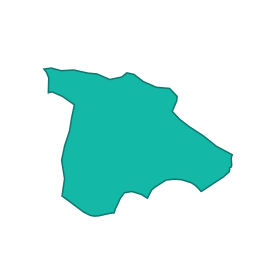 Pyongsong City, P'yŏngan-namdo, North Korea (Robinson projection), rotated 338°
{"feature_id": "82179303B57975227411207", "entity_name": "Pyongsong City", "entity_type": "district", "adm_level": 2, "iso_a3": "PRK", "parent_name": "North Korea", "parent_adm1": "P'yŏngan-namdo", "projection": "robinson", "projection_center": [125.901, 39.318], "detail": "fine", "context": "isolated", "style": "filled", "palette": "teal", "viewbox_px": 256, "rotation_deg": 338, "n_neighbors": 0, "source": "geoboundaries", "source_scale": "gbopen_adm2", "svg_char_len": 919}
<svg xmlns="http://www.w3.org/2000/svg" viewBox="0 0 256 256"><g transform="rotate(338 128 128)"><path d="M214.7,191.9L203.0,178.0L195.1,163.8L185.1,149.5L179.2,139.4L175.2,129.2L183.3,121.1L185.4,117.1L182.0,108.4L181.4,106.9L169.4,100.8L159.5,90.6L153.5,80.4L147.5,76.4L141.4,78.4L129.4,76.3L119.4,66.2L111.4,62.1L99.4,53.9L87.4,49.8L79.4,43.7L72.1,41.9L73.3,45.7L73.3,51.8L67.3,65.5L71.1,66.0L79.1,74.2L87.0,86.4L78.9,98.5L72.8,108.7L62.6,120.8L54.4,133.0L50.2,151.2L41.3,166.5L42.1,167.4L55.3,189.2L60.3,194.9L63.6,197.0L67.7,198.4L80.1,200.5L83.4,201.5L86.1,198.1L89.0,195.5L94.7,190.2L100.4,186.7L107.9,188.4L115.5,194.6L119.7,200.4L126.6,194.4L130.4,193.0L143.9,190.5L152.3,193.0L158.4,196.1L166.1,202.4L168.5,205.8L170.7,210.2L171.9,214.1L173.2,214.1L173.6,214.0L198.2,209.1L205.6,206.4L207.5,202.9L209.2,202.8L210.1,201.6L212.6,194.2L214.7,191.9Z" fill="#14b8a6" stroke="#0f766e" stroke-width="1.5"/></g></svg>